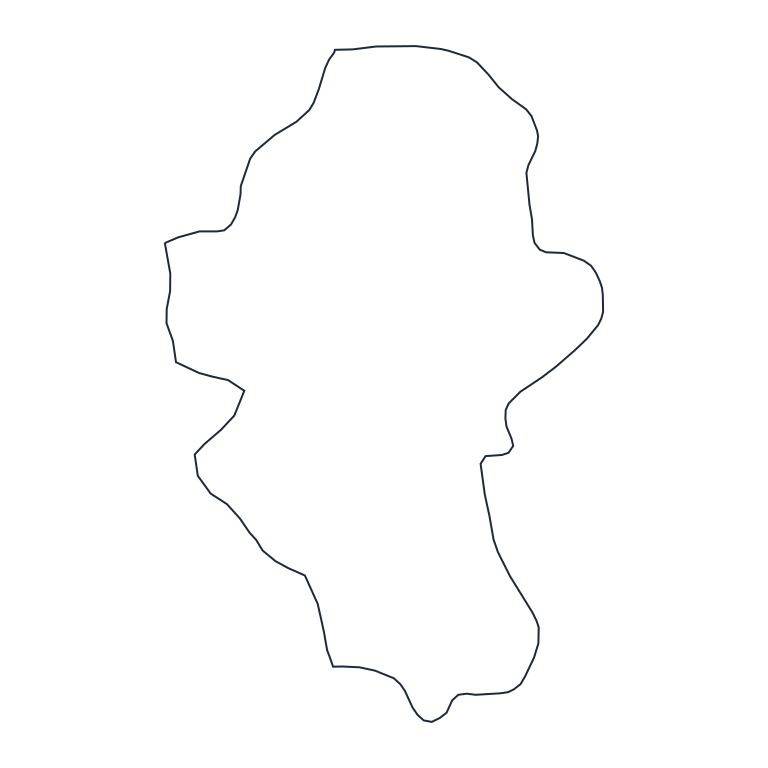 outline of Taehung, P'yŏngan-namdo, North Korea
{"feature_id": "82179303B83506580076946", "entity_name": "Taehung", "entity_type": "district", "adm_level": 2, "iso_a3": "PRK", "parent_name": "North Korea", "parent_adm1": "P'yŏngan-namdo", "projection": "equal_earth", "projection_center": [126.981, 40.081], "detail": "fine", "context": "isolated", "style": "outline", "palette": "slate", "viewbox_px": 768, "rotation_deg": 0, "n_neighbors": 0, "source": "geoboundaries", "source_scale": "gbopen_adm2", "svg_char_len": 1780}
<svg xmlns="http://www.w3.org/2000/svg" viewBox="0 0 768 768"><path d="M536.8,380.8L542.4,377.0L555.8,366.8L574.8,350.3L587.0,338.6L598.1,325.1L601.2,318.8L603.1,311.9L602.8,295.1L602.0,287.8L599.8,281.2L596.1,273.1L594.6,270.8L591.1,265.8L583.9,260.7L563.8,253.0L546.2,252.3L539.8,249.7L534.5,242.8L532.9,235.4L532.0,219.3L529.5,204.7L526.4,172.9L528.4,165.2L535.3,151.0L537.3,143.6L538.1,136.3L537.0,130.5L531.4,115.9L526.1,109.3L511.9,99.1L498.8,87.4L488.5,74.6L476.8,62.2L469.0,57.4L448.7,50.8L440.9,49.0L415.9,46.1L376.1,46.5L352.7,49.4L335.0,49.8L334.1,52.7L329.1,59.6L325.2,68.0L318.8,89.2L313.7,102.7L309.3,110.0L296.5,121.7L274.7,134.9L255.3,151.3L250.2,158.6L240.8,186.1L240.5,194.5L237.7,210.2L235.2,217.1L231.0,224.5L224.3,230.3L217.0,231.4L199.5,231.4L178.3,237.3L176.4,238.1L166.3,242.4L164.9,243.4L170.3,273.6L170.1,291.3L166.7,309.0L166.5,323.2L172.9,340.9L176.0,362.2L198.8,372.9L211.8,376.5L228.1,380.1L244.3,390.8L234.3,415.6L221.1,429.7L204.6,443.9L194.7,454.5L197.8,475.8L210.7,493.6L227.0,504.2L239.9,518.5L249.6,532.7L256.1,539.8L262.6,550.5L275.5,561.2L288.6,568.3L304.9,575.5L311.3,589.7L317.7,603.9L320.9,618.1L324.0,632.3L327.1,650.1L329.8,657.3L333.1,666.7L342.2,666.5L359.5,667.3L374.9,670.6L393.9,678.3L400.6,684.5L405.0,691.1L412.6,707.6L417.6,714.9L423.7,720.4L431.8,721.9L439.9,717.9L446.6,712.7L452.2,700.3L458.3,694.8L466.7,693.7L475.7,694.8L500.2,693.3L508.0,692.2L509.9,691.3L513.9,689.3L520.6,684.1L525.1,676.4L529.8,666.5L534.0,657.7L538.4,643.4L538.7,627.3L536.5,620.7L532.5,612.6L509.9,576.0L497.9,552.1L493.5,539.3L489.5,516.2L484.8,494.6L480.6,463.8L485.6,456.1L501.8,455.0L508.5,452.8L513.2,445.9L511.5,438.6L506.5,426.5L505.4,418.4L505.7,410.0L508.7,403.4L520.4,391.7L536.8,380.8Z" fill="none" stroke="#1e293b" stroke-width="2"/></svg>